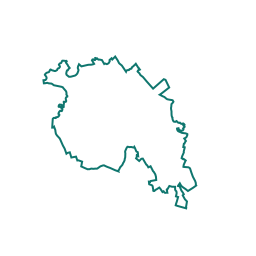 Voivodeni, Mures, Romania (Natural Earth projection), rotated 223°
{"feature_id": "2599482B38443104780555", "entity_name": "Voivodeni", "entity_type": "district", "adm_level": 2, "iso_a3": "ROU", "parent_name": "Romania", "parent_adm1": "Mures", "projection": "natural_earth1", "projection_center": [24.606, 46.712], "detail": "fine", "context": "isolated", "style": "outline", "palette": "teal", "viewbox_px": 256, "rotation_deg": 223, "n_neighbors": 0, "source": "geoboundaries", "source_scale": "gbopen_adm2", "svg_char_len": 5836}
<svg xmlns="http://www.w3.org/2000/svg" viewBox="0 0 256 256"><g transform="rotate(223 128 128)"><path d="M166.1,180.3L166.1,179.2L166.0,178.7L166.2,178.2L166.2,176.7L166.5,175.7L166.4,174.6L166.0,174.0L166.0,173.7L166.9,172.3L167.0,172.0L167.0,171.7L166.8,171.5L166.9,170.9L167.9,169.9L168.2,169.3L168.2,168.8L167.8,167.8L175.1,169.5L178.0,169.3L179.0,169.4L181.6,170.4L186.1,171.5L186.1,169.8L186.2,167.4L187.4,167.8L187.6,167.8L187.6,166.9L187.9,165.5L187.8,165.0L187.3,164.7L186.9,164.4L186.4,162.5L186.6,161.2L187.0,160.3L188.8,159.5L189.0,159.3L189.1,158.6L193.4,159.9L195.4,158.7L196.3,157.8L198.1,157.8L198.1,157.2L199.0,157.1L199.6,157.0L199.7,156.8L198.8,156.3L198.5,155.2L198.8,154.9L200.3,154.5L200.7,153.9L200.5,152.9L196.5,151.8L196.7,151.2L197.9,149.4L200.2,147.1L204.1,141.3L207.3,141.2L206.7,139.7L206.7,139.3L206.3,138.6L205.8,137.8L205.0,137.2L204.2,137.0L203.5,136.3L203.2,135.7L202.2,133.2L202.2,131.4L202.5,130.2L204.5,127.0L205.0,126.3L206.2,125.2L209.1,125.0L209.6,125.2L210.4,125.8L211.6,127.8L211.8,128.7L211.4,129.1L211.7,130.6L211.6,132.1L214.1,132.5L214.9,132.9L218.0,133.5L218.3,135.0L218.9,135.0L219.1,134.4L219.8,134.2L221.6,132.8L221.9,132.4L221.9,132.1L221.3,130.2L221.3,129.8L221.9,128.7L221.9,128.3L221.8,127.3L221.7,127.1L221.4,127.0L220.6,126.9L220.0,126.7L219.5,126.3L219.4,125.7L219.3,124.9L219.4,124.5L219.9,123.6L219.9,123.3L219.4,122.0L219.8,120.6L220.1,120.0L220.7,119.5L222.1,118.9L222.6,118.5L224.2,118.1L224.5,118.0L224.6,117.8L224.6,117.2L224.1,115.7L224.0,115.0L224.1,114.7L224.6,113.9L225.2,112.8L225.3,111.5L225.3,110.9L225.1,110.2L223.0,109.8L222.2,109.5L221.7,109.1L221.4,108.7L221.1,107.7L221.1,106.8L222.4,105.3L220.0,103.3L219.2,104.1L218.6,105.0L217.7,106.1L216.6,106.5L214.2,108.3L213.4,108.5L211.4,108.7L204.7,112.8L203.4,113.3L202.6,113.1L198.9,112.7L198.1,112.5L197.5,112.1L196.8,111.6L195.8,110.4L194.3,110.1L193.8,109.6L194.1,108.6L194.1,108.1L193.9,107.5L193.5,106.9L191.7,105.7L191.5,105.4L191.4,104.9L191.4,104.6L191.7,104.3L192.8,103.6L192.8,103.4L192.8,103.2L191.6,102.3L190.6,100.8L189.4,99.6L189.3,99.4L189.4,99.1L189.6,98.8L190.5,98.7L191.5,98.9L191.6,99.0L191.9,99.7L192.0,99.7L192.4,99.7L194.0,98.5L194.1,98.0L194.0,97.5L193.6,96.6L193.2,96.3L192.8,96.4L192.6,96.7L192.4,97.1L191.9,97.3L189.2,97.1L188.7,96.9L188.4,96.5L188.1,95.5L188.0,95.2L188.4,94.8L189.0,94.7L189.3,94.5L189.4,93.7L189.3,92.6L188.9,91.5L188.5,90.9L187.5,91.0L187.1,90.8L186.9,90.2L186.7,89.3L186.9,88.9L186.8,88.4L186.9,88.1L187.6,87.2L187.9,86.7L187.6,86.4L187.7,86.0L188.0,85.6L188.8,85.2L189.2,84.7L189.3,83.6L189.2,83.3L183.7,76.6L182.8,77.5L182.9,78.5L179.7,76.9L178.7,76.0L176.8,74.6L174.9,74.1L170.9,73.8L170.0,73.5L163.7,70.8L160.3,69.7L155.5,67.2L155.3,68.4L154.0,70.5L149.3,67.8L146.5,71.6L142.9,69.7L142.3,70.5L138.6,72.1L136.0,68.0L131.8,69.4L129.4,70.3L128.1,71.6L127.2,73.2L125.4,74.6L124.2,76.0L123.4,76.7L122.8,77.4L122.0,81.2L120.8,83.5L120.1,84.3L118.1,84.9L116.4,85.5L113.8,86.6L108.5,88.4L105.5,89.7L106.1,90.0L106.1,90.5L106.0,91.0L107.0,94.2L106.9,94.6L107.0,97.3L107.7,99.2L107.8,100.0L108.4,101.9L109.5,103.5L109.8,104.3L110.6,105.3L111.5,106.3L112.6,107.6L113.5,108.3L114.0,108.8L114.4,109.5L115.4,112.4L115.6,113.9L114.5,114.7L113.9,115.0L113.1,115.9L112.7,116.3L110.4,117.6L110.3,117.8L110.5,118.5L109.5,118.2L106.3,116.7L106.0,116.6L105.5,116.6L104.5,117.0L103.5,116.3L102.3,115.1L101.3,114.3L101.5,114.2L102.0,114.1L102.5,114.2L103.1,114.5L103.2,114.4L102.7,113.7L102.1,113.2L101.6,112.1L101.5,111.7L101.4,111.3L97.3,111.5L97.3,114.0L97.1,114.8L96.3,115.7L89.7,113.7L88.5,113.8L86.3,113.1L85.7,114.5L85.4,115.4L84.1,114.9L83.6,114.8L83.1,114.5L81.9,114.2L80.9,113.7L80.0,113.5L79.2,113.5L76.4,112.7L74.3,111.4L71.9,109.2L75.3,104.6L75.4,104.0L75.1,103.6L76.1,103.0L74.4,101.5L74.1,101.3L71.6,102.4L71.0,102.4L70.4,102.3L70.1,102.1L68.2,100.6L66.6,99.6L66.6,99.4L66.1,99.5L65.8,99.9L65.6,101.9L65.3,102.6L64.5,105.8L62.8,105.6L59.1,104.7L58.8,106.0L57.3,105.7L56.6,105.9L55.6,107.1L55.1,107.5L56.9,108.9L57.5,109.1L57.6,109.4L57.2,109.5L57.4,110.2L58.2,113.8L55.7,115.1L53.5,117.1L51.4,115.0L50.6,114.7L49.6,114.7L49.0,114.4L48.2,113.7L47.7,113.1L46.3,110.7L44.3,111.7L42.0,107.2L41.2,105.4L40.4,104.0L38.4,104.9L30.7,108.9L31.2,109.6L31.6,109.7L34.8,114.5L37.8,114.7L42.1,116.1L42.0,117.6L43.9,118.2L46.4,118.7L50.0,120.4L50.5,120.5L51.9,119.7L52.0,119.9L52.4,122.9L50.3,122.2L49.2,122.0L47.6,122.1L44.1,122.6L41.2,122.8L39.6,128.9L38.9,132.5L39.7,132.8L40.9,134.0L42.7,135.0L47.3,136.6L51.4,138.7L54.8,140.6L55.3,140.7L55.7,140.8L57.1,140.4L60.6,137.6L61.0,137.4L62.2,139.2L63.4,142.7L63.6,143.6L66.3,143.3L66.4,142.8L68.2,142.5L69.1,144.2L70.5,148.2L71.2,148.8L73.2,152.4L73.4,152.6L74.6,151.8L76.4,154.6L76.1,155.2L76.6,156.4L76.8,158.0L79.7,158.7L79.1,160.5L79.1,161.4L79.8,163.3L80.4,164.0L81.0,163.9L82.5,163.2L83.8,162.2L85.3,161.2L86.8,160.7L88.7,160.0L89.2,159.9L90.0,160.0L90.8,160.3L91.7,160.9L91.8,161.1L90.9,162.3L89.5,161.4L88.8,161.8L87.5,161.8L87.1,162.1L87.0,162.7L86.3,163.5L86.4,164.7L87.0,165.3L87.4,165.3L87.5,166.2L87.3,166.8L87.4,167.5L87.8,167.6L89.2,167.6L89.6,167.8L89.6,168.1L88.9,168.4L88.7,168.6L88.8,168.9L90.0,169.1L90.7,169.0L91.8,167.4L92.1,167.3L93.6,167.3L93.7,167.0L94.0,166.6L94.5,166.6L94.8,166.3L95.5,166.0L97.2,166.2L97.4,165.7L97.6,164.8L98.1,164.5L98.4,164.2L99.0,163.9L100.0,164.1L101.2,164.7L102.0,165.3L102.4,165.6L102.5,165.9L102.7,166.0L103.4,166.1L104.5,166.8L105.7,167.9L107.5,169.8L109.5,171.3L110.2,172.0L110.9,173.1L112.5,175.1L112.5,177.0L112.7,178.2L114.2,178.7L114.9,178.4L117.1,176.9L118.9,175.8L119.8,175.6L122.5,175.5L124.5,174.8L127.5,174.0L127.2,175.2L126.3,180.6L125.5,185.7L133.4,188.8L135.1,188.1L136.5,173.9L146.1,174.8L151.8,175.5L155.0,175.2L157.0,175.8L159.2,175.8L159.6,175.9L159.9,177.1L159.2,178.8L161.2,179.2L161.3,179.0L166.1,180.3Z" fill="none" stroke="#0f766e" stroke-width="2"/></g></svg>